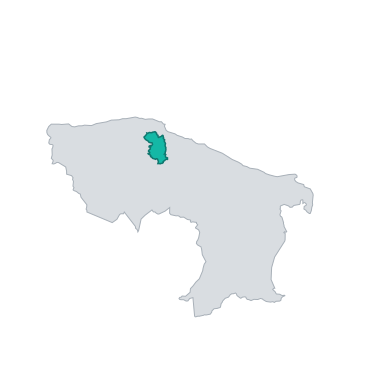 Huancavelica highlighted on a map of Peru, rotated 142°
{"feature_id": "PER-588", "entity_name": "Huancavelica", "entity_type": "Department", "adm_level": 1, "iso_a3": "PER", "parent_name": "Peru", "parent_adm1": "", "projection": "mercator", "projection_center": [-74.962, -13.06], "detail": "fine", "context": "in_parent", "style": "filled", "palette": "teal", "viewbox_px": 384, "rotation_deg": 142, "n_neighbors": 0, "source": "natural_earth", "source_scale": "10m", "svg_char_len": 7025}
<svg xmlns="http://www.w3.org/2000/svg" viewBox="0 0 384 384"><g transform="rotate(142 192 192)"><path d="M267.9,115.1L267.8,116.1L266.6,116.5L265.4,115.8L263.8,116.1L261.3,113.8L255.3,114.1L252.7,116.8L248.8,117.4L244.5,118.6L239.6,119.1L232.0,123.4L230.2,125.1L226.8,127.6L223.9,128.5L222.5,136.2L219.8,140.7L218.7,143.2L220.2,146.9L220.2,148.8L218.6,150.2L217.4,150.4L214.7,152.0L210.8,155.4L210.1,158.1L211.4,161.5L211.0,161.9L207.7,162.6L207.8,164.5L207.2,165.3L209.9,168.1L211.4,168.7L211.5,169.4L211.2,170.1L210.6,170.4L210.6,171.1L212.5,173.1L214.0,177.3L216.8,179.3L216.9,180.6L217.7,182.0L219.2,183.0L222.6,187.1L222.7,189.1L219.1,193.5L225.0,193.5L231.6,195.0L232.5,195.7L233.3,197.7L233.4,199.0L234.7,200.1L234.6,202.5L243.2,202.6L248.8,202.0L257.8,194.5L259.2,193.9L258.5,195.5L258.4,196.7L258.8,198.0L257.8,199.8L257.7,217.9L259.4,217.0L261.5,218.7L263.0,218.8L268.0,216.7L273.7,217.0L287.1,240.9L286.0,242.5L286.0,243.7L284.4,244.8L282.7,246.7L282.7,256.2L281.3,259.1L282.1,260.6L282.8,263.6L284.0,265.5L284.4,266.6L284.2,267.1L282.3,268.1L282.2,269.9L278.9,273.3L278.3,275.6L277.0,276.4L276.8,279.0L279.8,283.2L277.9,285.8L276.1,289.5L279.1,297.5L280.4,298.6L281.7,298.6L283.7,299.2L284.8,300.4L282.3,301.9L281.9,302.6L282.1,305.2L279.4,307.2L275.8,312.2L274.8,312.5L273.0,314.0L272.7,314.7L273.0,315.5L274.6,317.0L274.7,318.8L272.1,321.1L270.3,321.3L269.6,321.9L270.3,325.0L270.3,326.5L269.8,328.1L268.5,329.9L264.6,331.8L261.1,332.1L255.1,327.4L253.2,325.5L247.3,321.6L246.3,317.5L244.3,315.5L240.7,314.0L237.8,311.8L235.6,310.9L230.3,306.2L225.3,304.8L216.2,299.9L211.3,298.3L205.0,293.8L201.6,292.5L198.9,290.4L190.6,286.0L189.3,284.5L188.0,282.3L186.2,281.0L184.1,278.0L181.1,276.2L178.1,273.8L174.5,267.5L172.8,266.1L172.7,263.2L171.5,261.9L173.2,260.9L174.4,256.5L173.8,254.3L169.6,248.3L168.8,245.8L165.7,241.2L164.6,238.5L162.2,236.5L161.1,234.8L159.8,234.1L159.7,231.9L158.8,228.0L157.4,225.9L152.6,222.2L152.1,218.1L151.0,215.3L144.2,203.8L140.3,192.9L137.0,186.8L135.7,183.3L135.6,181.4L133.1,178.2L131.8,175.2L126.3,169.5L123.1,163.2L122.7,161.3L120.5,157.9L117.0,153.3L115.3,151.5L104.8,146.0L99.8,142.6L99.2,140.8L99.4,139.8L100.5,138.9L102.0,139.6L103.0,139.3L103.7,138.1L103.7,136.2L102.8,133.8L99.4,129.1L100.3,127.0L96.9,121.6L97.7,116.4L98.4,115.0L103.5,109.7L104.9,107.5L107.1,106.1L109.4,103.9L112.1,102.3L112.8,102.8L113.6,105.7L113.5,107.6L114.3,109.7L112.4,111.6L110.4,111.2L109.6,111.7L109.3,112.6L109.6,114.0L110.1,114.6L111.7,114.7L109.6,117.4L109.8,118.0L111.2,118.5L112.5,117.8L114.0,116.2L114.9,116.0L120.0,118.7L122.4,118.4L124.2,119.6L124.5,121.6L127.0,125.5L130.9,126.5L131.5,126.1L132.4,124.7L133.2,124.5L133.4,122.3L136.7,120.0L137.2,118.4L136.7,117.3L136.8,116.4L138.8,111.3L139.4,110.8L140.0,109.1L140.7,108.1L141.8,102.4L142.8,102.5L143.6,103.8L144.7,103.4L144.1,102.2L144.3,101.7L148.0,97.1L149.1,96.2L166.9,89.9L175.8,83.4L183.6,74.3L186.0,65.2L186.9,65.8L188.4,65.6L187.9,61.9L188.3,60.2L188.2,59.6L185.8,57.4L184.8,55.0L182.7,53.7L182.7,53.1L185.0,53.7L187.0,53.4L188.8,51.9L190.1,52.1L193.0,54.1L195.1,54.3L195.8,55.8L197.9,56.9L200.9,60.0L202.3,63.5L202.2,64.1L203.5,65.9L206.4,66.8L209.3,69.3L212.3,70.1L213.6,72.4L214.4,73.1L214.8,74.4L214.3,75.9L214.8,76.8L217.0,78.1L218.9,78.2L219.3,78.8L220.3,82.6L219.7,84.5L219.9,85.6L222.4,86.5L223.1,87.3L225.1,87.5L227.9,86.7L231.3,87.8L234.0,87.4L235.2,87.1L236.5,86.3L237.5,86.3L240.3,83.9L241.0,83.7L243.9,84.8L246.4,86.4L249.4,86.1L250.6,85.1L252.8,84.5L256.8,86.5L257.6,87.5L258.7,87.7L262.9,89.7L263.7,90.5L265.9,91.3L266.4,91.9L266.3,92.7L256.3,108.2L259.4,109.5L262.3,108.7L263.8,109.7L264.9,112.3L267.1,114.0L267.9,115.1Z" fill="#d9dde1" stroke="#a8b0b8" stroke-width="1"/><path d="M201.4,235.4L200.4,236.1L199.9,236.6L199.7,236.8L199.6,237.0L199.2,238.3L198.9,239.2L199.4,240.0L199.5,240.1L199.8,240.2L200.1,240.1L200.3,240.1L200.5,240.1L200.7,240.3L200.9,240.8L201.0,240.9L201.3,241.4L202.0,242.3L202.2,242.6L202.3,242.8L202.3,243.0L202.3,243.3L202.3,243.5L202.2,243.6L202.2,243.8L202.3,244.0L202.6,244.7L202.7,244.8L202.7,245.0L202.7,245.3L202.6,245.5L202.6,245.8L202.3,245.9L202.2,245.9L202.1,246.0L202.2,246.5L202.1,247.1L202.5,247.5L202.9,248.6L203.0,248.8L203.0,249.2L202.9,249.4L202.6,249.3L202.2,248.9L201.8,248.8L201.6,248.7L201.4,248.8L201.2,248.9L201.1,249.0L200.9,249.3L200.9,249.5L200.9,249.9L201.0,250.2L201.1,250.5L201.2,250.8L201.1,251.0L200.8,251.3L200.6,251.4L200.0,251.5L199.7,251.5L199.2,251.6L198.9,251.6L198.6,251.5L198.4,251.5L198.1,252.1L197.9,252.3L197.2,252.7L197.0,252.9L196.9,253.0L197.0,253.1L197.4,253.6L197.5,253.6L197.9,253.7L198.1,253.8L198.1,254.0L197.5,254.5L197.2,254.5L197.0,254.4L196.8,254.4L196.4,254.3L196.2,254.2L195.9,254.1L195.7,253.6L195.5,253.4L195.3,253.4L195.2,253.4L194.6,253.6L193.8,253.8L193.7,253.9L193.7,254.0L193.2,255.4L193.3,255.5L193.5,255.7L193.9,256.0L194.2,256.1L194.3,256.3L194.4,256.6L194.5,256.7L194.6,256.8L194.8,257.0L195.0,257.2L195.1,257.3L195.2,257.5L195.3,257.7L195.2,258.9L195.3,259.4L195.8,260.6L196.2,261.7L196.3,262.5L196.2,264.3L196.1,264.6L196.0,264.8L195.9,264.9L195.6,264.9L194.8,264.9L192.3,265.4L191.7,265.7L191.3,265.9L191.2,266.2L190.9,265.8L190.6,265.6L190.3,265.4L190.1,265.3L189.9,265.3L189.4,265.3L189.0,265.2L188.3,264.4L187.5,263.9L187.3,263.6L187.1,263.5L186.9,263.4L186.3,263.4L186.1,263.3L185.8,263.2L185.6,263.1L185.4,262.9L185.2,262.8L184.3,262.4L184.1,262.3L184.0,262.1L183.9,261.8L183.8,261.7L184.0,261.3L184.0,261.1L183.8,260.6L183.7,260.4L183.7,260.1L184.0,259.8L184.4,258.9L184.4,258.7L184.2,258.3L183.9,257.6L184.1,257.3L184.3,257.1L184.5,256.8L184.9,255.7L184.7,255.5L184.5,255.4L184.0,255.4L183.6,255.3L182.9,255.0L182.4,254.8L182.1,254.8L181.7,254.8L180.7,254.9L180.3,254.8L180.2,254.7L180.1,254.4L180.1,254.2L180.3,253.8L180.6,253.4L180.7,253.2L180.8,252.7L180.9,252.4L181.0,252.3L181.3,252.2L181.5,252.1L181.6,251.9L181.6,251.5L181.6,251.3L181.6,251.1L181.4,250.2L181.5,250.0L181.5,249.8L182.2,249.5L182.4,249.4L182.5,249.2L182.7,248.8L182.8,248.6L182.7,248.4L182.8,247.7L183.0,246.8L183.1,246.5L183.2,246.3L183.8,246.0L184.4,245.4L184.8,244.8L185.1,244.1L185.1,243.7L185.2,243.2L185.3,243.1L185.4,242.9L185.5,242.9L185.8,242.7L186.0,242.4L186.1,242.0L186.2,241.8L186.4,241.6L187.5,240.5L187.7,240.3L188.0,240.3L188.2,240.2L188.4,240.1L188.5,240.0L189.0,239.3L189.3,239.1L190.3,238.9L190.2,238.8L190.0,238.6L189.9,238.1L189.7,237.9L189.7,237.6L189.8,237.6L190.0,237.5L190.3,237.4L190.5,237.3L190.6,237.2L191.2,236.0L191.3,235.9L191.3,235.7L191.2,235.3L191.2,235.2L191.0,234.9L190.6,234.6L190.5,234.4L190.4,234.2L190.3,233.9L190.5,233.7L190.8,233.4L191.0,233.2L191.1,232.9L191.4,232.9L191.5,232.9L191.8,233.4L192.0,233.5L192.3,233.7L192.6,233.8L192.8,233.8L193.1,233.8L193.4,233.8L194.0,233.6L194.5,233.6L194.8,233.7L195.1,233.8L195.4,233.7L196.2,233.5L196.3,233.5L196.3,233.4L196.4,233.2L196.5,233.1L196.6,232.9L196.9,232.9L197.0,232.9L197.6,233.0L198.0,233.0L198.3,233.2L198.9,233.7L199.4,233.7L199.5,233.7L199.6,233.8L200.6,234.8L201.4,235.4Z" fill="#14b8a6" stroke="#0f766e" stroke-width="1.5"/></g></svg>